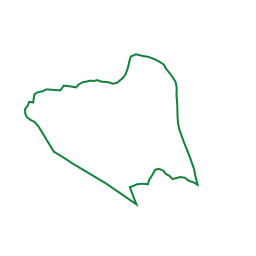 outline of Roteiro, Alagoas, Brazil, rotated 316°
{"feature_id": "56859067B56369687542379", "entity_name": "Roteiro", "entity_type": "district", "adm_level": 2, "iso_a3": "BRA", "parent_name": "Brazil", "parent_adm1": "Alagoas", "projection": "equal_earth", "projection_center": [-35.971, -9.875], "detail": "fine", "context": "isolated", "style": "outline", "palette": "green", "viewbox_px": 256, "rotation_deg": 316, "n_neighbors": 0, "source": "geoboundaries", "source_scale": "gbopen_adm2", "svg_char_len": 1169}
<svg xmlns="http://www.w3.org/2000/svg" viewBox="0 0 256 256"><g transform="rotate(316 128 128)"><path d="M75.0,40.5L71.4,42.3L67.2,42.8L64.1,46.2L62.8,49.9L63.6,54.8L64.9,58.5L64.7,64.7L58.2,93.5L61.4,105.8L63.0,113.3L69.8,138.5L73.6,152.3L81.0,188.9L88.1,171.9L95.8,175.0L99.8,178.3L103.3,182.3L107.3,180.0L112.7,178.7L118.4,176.9L121.8,178.7L123.8,183.2L123.3,187.2L124.6,191.3L124.5,195.6L128.0,197.7L131.1,199.2L134.3,203.1L135.1,208.3L137.4,212.8L138.7,217.2L142.5,210.3L145.0,206.5L147.2,203.1L149.2,198.5L151.2,194.3L153.1,189.9L155.7,183.6L158.6,176.5L161.0,171.2L164.0,164.7L167.3,159.3L171.9,153.8L174.9,150.6L177.4,147.9L180.6,144.3L183.1,141.2L186.0,137.7L188.6,135.3L191.3,132.4L194.2,128.0L195.4,122.5L196.1,117.1L196.6,111.4L197.8,107.4L196.9,103.0L195.3,98.0L192.2,91.2L187.7,85.0L184.9,80.5L179.7,78.5L174.9,81.2L170.2,84.4L163.5,87.7L159.0,88.4L151.5,87.9L147.8,85.6L145.8,81.6L143.3,78.7L141.0,76.1L139.3,72.4L136.2,70.5L133.9,67.9L130.3,65.7L127.4,63.6L122.9,62.5L118.8,62.7L115.2,57.7L111.3,52.9L105.5,53.9L102.3,50.4L96.2,43.6L92.1,42.3L87.5,39.4L83.9,38.8L80.6,41.4L77.5,43.7L75.0,40.5Z" fill="none" stroke="#15803d" stroke-width="2"/></g></svg>